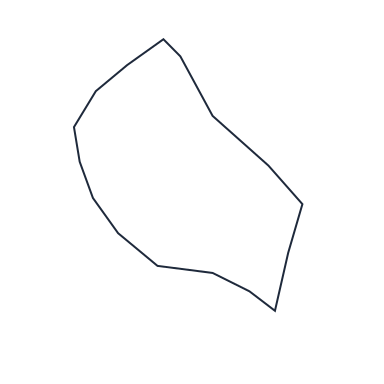 outline of Maratha, Cyprus, rotated 148°
{"feature_id": "46923920B5435388082406", "entity_name": "Maratha", "entity_type": "district", "adm_level": 2, "iso_a3": "CYP", "parent_name": "Cyprus", "parent_adm1": "", "projection": "orthographic", "projection_center": [33.779, 35.208], "detail": "fine", "context": "isolated", "style": "outline", "palette": "slate", "viewbox_px": 384, "rotation_deg": 148, "n_neighbors": 0, "source": "geoboundaries", "source_scale": "gbopen_adm2", "svg_char_len": 367}
<svg xmlns="http://www.w3.org/2000/svg" viewBox="0 0 384 384"><g transform="rotate(148 192 192)"><path d="M135.3,336.7L179.7,334.0L220.1,328.5L257.7,309.6L271.2,277.2L279.2,239.4L276.5,196.2L260.4,147.6L217.4,112.4L195.9,77.3L184.6,47.3L142.6,89.5L104.8,123.2L113.2,173.9L134.2,245.6L130.0,313.2L135.3,336.7Z" fill="none" stroke="#1e293b" stroke-width="2"/></g></svg>